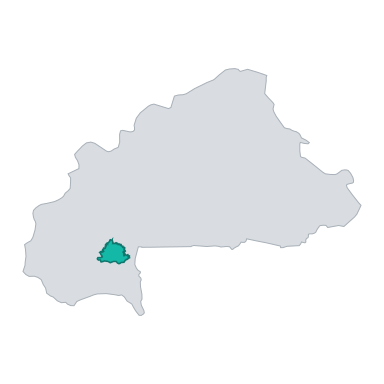 location of Bougouriba, Bougouriba, Burkina Faso
{"feature_id": "67063806B9563364372336", "entity_name": "Bougouriba", "entity_type": "district", "adm_level": 2, "iso_a3": "BFA", "parent_name": "Burkina Faso", "parent_adm1": "Bougouriba", "projection": "albers", "projection_center": [-3.423, 10.888], "detail": "fine", "context": "in_parent", "style": "filled", "palette": "teal", "viewbox_px": 384, "rotation_deg": 0, "n_neighbors": 0, "source": "geoboundaries", "source_scale": "gbopen_adm2", "svg_char_len": 7793}
<svg xmlns="http://www.w3.org/2000/svg" viewBox="0 0 384 384"><path d="M298.0,245.7L287.0,246.3L283.0,247.6L280.6,247.6L280.5,246.6L280.2,246.0L266.3,242.8L256.5,240.9L246.6,238.8L246.1,240.9L244.7,242.3L242.6,242.4L241.1,242.1L240.1,243.7L238.5,245.8L236.2,246.9L234.0,248.2L232.7,249.4L231.8,249.4L229.5,246.7L226.5,246.5L220.9,247.0L218.4,246.3L214.9,245.9L206.8,246.5L193.8,245.5L191.6,246.1L191.1,246.6L178.2,246.8L164.0,247.0L152.2,247.2L141.8,247.3L141.8,246.9L138.4,246.8L138.1,247.7L135.2,258.6L134.8,264.5L136.4,268.2L138.2,270.5L140.2,271.5L140.4,272.8L138.8,274.5L138.9,276.2L140.8,278.0L141.2,279.9L140.3,281.9L140.5,286.7L141.9,294.2L142.0,299.1L140.7,301.4L141.3,305.2L143.9,310.6L144.3,312.9L143.4,314.0L141.3,315.4L139.1,315.3L136.6,312.1L135.5,310.6L133.5,307.3L131.8,304.0L129.4,302.5L127.1,301.1L124.3,296.9L121.6,294.9L118.8,295.5L114.7,294.7L106.3,293.6L97.3,293.9L93.6,294.9L89.9,296.4L80.5,299.8L76.8,301.5L74.0,305.7L70.8,305.6L67.6,304.2L65.7,302.3L61.4,302.7L57.3,300.8L53.3,297.1L50.4,295.9L46.7,293.2L45.6,288.1L43.3,284.6L41.2,279.6L37.9,277.4L34.2,276.2L29.1,276.4L25.7,274.4L23.0,271.5L23.8,269.0L25.0,265.4L25.2,262.0L26.0,256.4L25.5,249.5L24.6,244.6L27.5,242.6L30.8,240.8L32.8,237.5L35.0,230.1L35.9,223.8L35.3,221.4L34.2,219.5L33.4,216.7L32.9,213.4L33.5,210.4L36.0,207.7L39.1,205.5L41.3,204.4L47.2,203.3L54.5,201.6L58.7,199.7L61.8,197.8L63.5,196.3L65.2,193.2L68.1,190.8L70.2,188.4L70.6,181.6L70.6,177.8L69.0,175.6L68.1,173.8L78.9,168.6L79.0,164.8L77.5,160.6L75.4,157.3L74.6,154.4L77.6,151.0L80.2,148.4L82.2,146.2L86.4,142.9L90.8,142.1L94.8,143.3L106.6,151.2L108.6,151.7L111.1,151.1L114.2,149.0L118.2,147.4L119.7,142.2L119.6,134.5L120.5,130.9L122.6,130.3L129.4,131.8L131.1,131.9L133.1,131.4L134.5,130.0L134.5,127.5L134.1,125.3L136.3,118.2L140.3,112.8L148.5,106.1L151.0,104.8L153.9,104.1L168.5,108.6L170.9,107.5L174.4,96.1L178.3,95.0L183.1,94.7L186.1,93.8L187.7,92.9L194.6,88.6L206.8,82.6L213.3,80.0L214.6,79.1L219.2,74.9L225.4,70.0L229.4,69.0L234.9,68.6L238.3,69.4L239.3,70.7L240.4,71.4L247.6,69.3L257.9,72.4L266.8,75.5L266.2,77.5L266.2,81.1L265.5,86.8L264.7,93.6L268.4,97.9L272.9,102.6L274.1,104.4L273.0,109.0L273.8,111.8L276.2,116.3L280.2,122.0L284.4,127.8L287.2,128.6L289.9,129.0L291.5,130.1L293.9,131.1L296.3,131.7L298.4,133.0L299.7,134.2L301.5,137.9L306.1,140.2L309.3,142.6L308.1,143.8L304.1,143.4L300.3,142.4L299.8,144.1L299.8,150.8L300.5,156.4L301.3,157.2L305.1,158.1L314.2,165.3L322.5,172.0L325.3,173.8L329.8,174.4L334.9,174.6L337.0,173.9L341.9,170.3L344.5,169.9L346.9,170.0L348.2,170.5L350.6,173.3L352.9,177.5L353.6,180.6L353.4,182.3L352.6,183.0L348.6,183.9L346.9,184.5L346.5,185.5L347.1,187.6L348.0,188.9L352.5,195.0L359.0,203.2L361.0,205.3L359.9,207.8L356.8,214.3L354.4,217.1L343.9,226.5L338.6,225.5L327.7,227.5L326.0,225.4L323.4,225.2L320.2,225.6L319.1,226.4L318.8,227.3L317.6,228.6L315.7,232.3L314.1,233.3L312.2,233.9L309.8,233.8L308.4,234.3L308.4,236.1L308.0,237.7L306.4,238.5L305.7,240.3L305.9,242.0L304.9,242.8L302.8,242.4L301.6,241.9L300.5,244.2L299.1,245.7L298.0,245.7Z" fill="#d9dde1" stroke="#a8b0b8" stroke-width="1"/><path d="M112.2,239.6L111.8,240.1L111.6,240.2L111.0,240.2L110.5,239.7L110.2,239.8L109.8,240.2L109.8,240.4L109.9,240.6L109.9,240.8L109.7,240.9L109.7,241.1L109.4,241.3L109.2,241.9L108.7,242.2L107.8,243.2L107.8,243.3L107.7,243.9L107.5,243.6L107.2,243.2L107.3,243.1L107.6,243.0L107.5,242.9L107.3,242.9L106.9,243.1L106.8,243.3L106.6,243.5L106.5,243.8L106.7,244.0L106.8,244.1L106.6,244.2L106.3,244.2L106.1,244.2L106.1,244.3L106.0,244.2L105.8,244.4L105.8,244.6L105.4,244.9L105.4,245.0L105.6,245.2L105.9,245.1L106.0,245.1L106.1,244.9L106.4,245.5L106.1,245.9L106.0,246.4L105.7,246.6L105.6,246.8L105.4,246.9L105.2,246.8L105.2,247.0L105.5,247.4L105.4,247.5L105.3,247.9L105.0,247.7L104.9,247.8L104.8,248.2L104.9,248.3L104.8,248.5L104.7,248.6L104.4,248.6L104.0,248.7L104.0,248.4L103.7,248.4L103.5,248.2L103.4,248.4L103.4,248.6L103.5,248.8L103.5,249.0L103.0,249.4L103.2,249.5L103.1,249.8L103.1,250.0L102.9,250.0L102.8,249.9L102.7,249.9L102.7,250.2L103.0,250.5L103.3,250.2L103.4,250.3L103.3,250.5L103.3,250.8L103.3,251.1L103.6,251.5L103.2,251.7L102.8,251.5L102.5,251.5L102.4,251.9L102.4,252.0L102.0,251.8L102.0,251.5L102.0,251.4L101.7,251.3L101.4,251.9L101.3,252.3L101.2,252.3L101.2,252.2L100.9,251.8L100.7,251.6L100.4,251.6L100.3,251.8L100.4,252.0L100.6,252.0L100.5,252.3L100.2,252.5L99.9,252.4L99.7,252.6L99.9,252.7L99.9,252.8L100.0,252.9L100.2,253.0L100.4,253.2L100.5,253.4L100.7,253.6L100.8,254.0L100.8,254.4L101.1,254.7L100.9,254.7L101.1,254.8L101.2,255.0L101.4,255.1L101.6,255.5L101.7,255.4L101.8,255.4L101.8,255.7L101.8,255.9L102.2,256.5L102.4,256.9L102.3,257.0L102.2,257.0L101.5,257.3L101.4,257.2L101.3,257.3L101.1,257.3L100.8,257.6L100.6,257.6L100.4,257.7L100.0,257.6L99.8,257.5L98.9,257.7L98.6,257.7L98.1,257.5L97.9,257.6L97.3,258.7L97.3,258.8L97.5,259.3L97.9,259.7L98.3,259.9L98.7,260.1L99.0,260.1L99.7,259.9L100.0,259.9L100.5,260.1L100.7,260.6L100.6,261.1L100.7,261.4L101.1,262.0L101.7,261.8L102.3,261.7L102.5,261.7L102.9,261.6L103.0,261.4L103.8,261.3L104.4,261.0L104.5,260.9L105.3,261.1L105.8,261.1L106.4,261.3L107.0,261.3L107.5,261.3L107.8,261.4L108.6,261.8L108.8,261.9L109.2,262.1L109.4,262.2L109.9,262.4L110.1,262.7L110.4,262.7L111.2,262.4L111.4,262.3L111.5,262.1L112.3,261.9L112.5,261.9L112.7,261.7L112.9,261.7L113.4,261.5L113.6,261.4L115.5,261.5L116.0,261.4L116.2,261.5L116.4,261.6L116.9,262.3L117.1,262.6L117.4,263.0L118.8,263.7L119.0,263.7L119.5,263.4L119.8,263.5L120.2,263.1L120.4,263.1L120.7,262.8L120.8,262.8L121.3,262.4L122.2,262.5L122.5,262.4L123.1,262.4L123.6,262.3L124.0,262.3L124.2,261.7L124.9,261.0L125.1,260.4L125.3,260.3L125.5,260.2L125.8,259.9L126.5,259.7L126.5,259.4L126.9,259.2L127.0,259.1L127.3,259.2L127.4,258.9L127.6,258.8L127.9,258.9L128.1,258.7L128.8,258.1L128.9,257.9L129.3,257.9L129.6,257.8L129.6,257.5L129.4,256.8L129.4,256.7L129.1,257.0L128.9,257.1L128.6,257.1L128.3,257.2L128.0,256.9L128.0,256.7L128.1,256.3L128.3,256.0L128.6,255.8L128.7,255.7L128.3,255.6L128.2,255.5L128.0,255.4L127.8,255.5L127.7,255.4L127.7,255.2L127.9,254.9L127.9,254.6L127.7,254.6L127.2,255.2L126.8,255.4L126.5,255.2L125.9,254.9L125.3,254.4L125.2,254.4L124.7,254.6L124.5,254.9L124.5,255.1L124.6,255.4L124.6,255.6L124.1,255.7L123.8,255.7L123.7,255.4L123.7,255.2L123.8,255.2L124.0,255.0L123.9,255.0L123.7,254.6L123.8,254.2L124.1,254.2L124.2,253.6L124.3,253.4L124.6,253.2L124.3,252.9L124.0,253.0L123.8,252.9L123.7,253.0L123.7,252.9L123.6,252.7L123.4,252.7L123.2,252.4L123.0,252.1L123.3,251.7L123.6,251.4L124.0,251.1L124.3,251.1L124.7,251.6L124.8,251.6L125.1,251.5L125.4,251.1L125.1,250.7L125.0,250.4L124.8,250.2L124.7,250.0L124.3,249.9L124.0,249.4L123.9,249.2L124.1,249.1L124.3,248.9L124.4,249.0L124.6,248.7L124.7,248.4L124.7,248.1L124.7,247.8L124.7,247.7L124.4,247.6L124.2,247.3L123.8,247.3L123.7,247.3L123.3,247.5L122.7,247.5L122.6,247.4L122.6,247.2L122.9,246.9L122.9,246.7L122.7,246.6L122.8,246.4L122.7,246.4L121.9,245.9L121.7,245.9L121.4,245.8L121.4,245.6L121.1,245.5L121.0,245.0L121.2,244.8L121.1,244.5L120.8,244.5L120.6,244.7L120.3,245.0L120.2,244.9L119.9,244.8L119.9,244.6L119.9,244.2L119.7,244.1L119.6,244.4L119.4,244.6L119.2,244.5L118.9,244.5L119.0,244.4L118.9,244.3L118.7,244.2L118.8,244.1L118.7,244.0L118.3,243.9L118.2,244.0L118.1,243.9L118.0,244.0L117.9,243.9L117.7,244.0L117.2,244.2L117.2,244.3L117.1,244.1L116.9,244.0L117.0,243.7L116.8,243.4L117.1,243.4L117.2,243.2L116.9,243.1L116.5,243.2L116.3,243.1L116.1,243.0L116.0,242.8L116.0,242.7L115.9,242.7L115.8,242.8L115.8,243.1L115.7,243.2L115.6,243.3L115.5,243.2L115.2,243.2L115.0,243.6L114.9,243.6L114.6,243.4L114.0,243.5L113.8,243.3L113.6,243.2L113.6,243.4L113.4,243.5L113.1,243.5L113.2,243.4L113.0,243.2L113.0,242.8L112.7,242.6L112.8,242.0L112.6,241.5L112.5,240.8L112.2,240.5L112.1,240.2L112.2,239.6Z" fill="#14b8a6" stroke="#0f766e" stroke-width="1.5"/></svg>